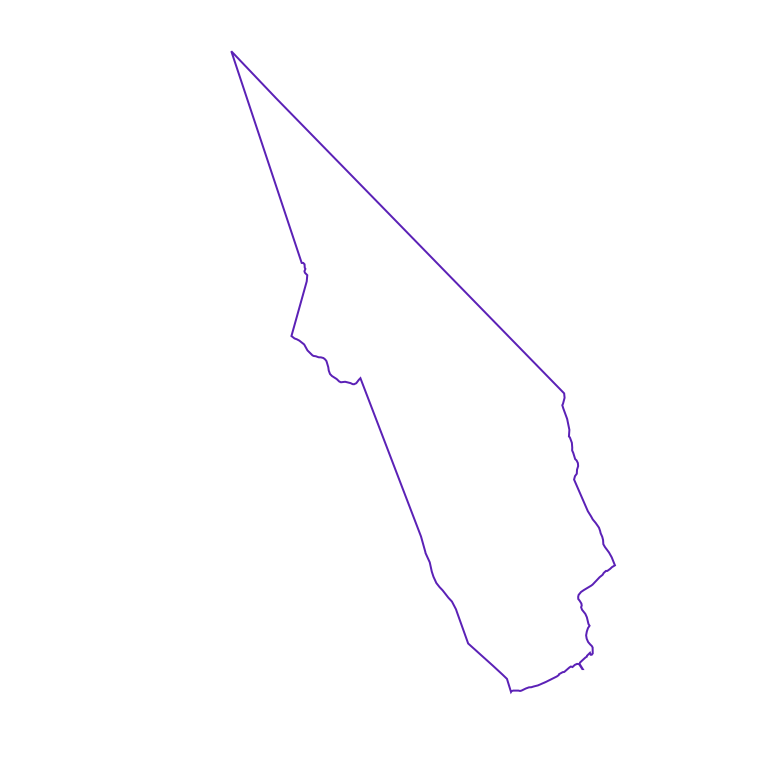 Gagaemauga III, Gaga'emauga, Samoa, rotated 134°
{"feature_id": "51752279B15532907109577", "entity_name": "Gagaemauga III", "entity_type": "district", "adm_level": 2, "iso_a3": "WSM", "parent_name": "Samoa", "parent_adm1": "Gaga'emauga", "projection": "albers", "projection_center": [-172.363, -13.506], "detail": "fine", "context": "isolated", "style": "outline", "palette": "violet", "viewbox_px": 768, "rotation_deg": 134, "n_neighbors": 0, "source": "geoboundaries", "source_scale": "gbopen_adm2", "svg_char_len": 2014}
<svg xmlns="http://www.w3.org/2000/svg" viewBox="0 0 768 768"><g transform="rotate(134 384 384)"><path d="M517.3,78.7L516.3,78.9L514.7,78.0L511.1,74.2L510.3,72.9L509.0,72.1L504.6,70.5L501.5,69.0L499.8,67.4L497.6,66.2L493.9,63.9L485.9,60.6L474.3,56.5L472.0,56.1L471.2,56.5L467.2,55.3L465.9,54.3L459.0,53.7L457.4,53.3L456.7,51.8L453.5,51.6L451.2,50.7L450.0,49.0L451.3,43.3L451.0,43.0L449.5,48.9L448.3,49.5L445.6,49.4L440.8,49.1L439.2,48.7L438.5,49.2L434.3,49.1L435.2,47.3L434.4,46.5L432.8,46.7L428.6,50.9L428.1,52.6L428.1,54.8L427.8,57.9L426.4,61.3L424.4,64.0L421.1,66.2L417.9,67.7L415.1,68.2L414.6,70.2L410.9,76.0L409.5,79.5L408.8,84.8L407.6,87.2L406.1,87.8L404.8,89.5L404.0,92.7L403.7,94.9L402.2,96.5L400.5,97.5L396.7,97.8L393.4,97.1L385.2,94.9L383.4,94.6L373.2,94.7L369.4,94.2L367.3,94.7L364.3,94.5L363.3,93.5L359.8,92.9L357.4,92.8L354.0,91.9L353.1,94.0L350.5,99.8L348.9,105.1L347.8,111.8L346.9,114.9L344.0,118.1L342.3,120.9L340.9,124.4L339.5,126.6L338.0,129.6L336.9,135.2L336.4,139.8L335.4,143.0L333.9,149.0L320.7,180.9L317.6,182.6L314.6,183.0L311.6,185.6L308.2,187.3L306.2,189.6L305.2,192.4L305.2,194.4L302.1,200.0L301.1,202.5L299.0,204.4L295.8,208.0L293.3,213.2L293.3,214.5L288.2,218.8L281.9,228.0L277.0,238.1L275.4,241.0L273.9,241.5L268.5,244.5L265.6,247.9L257.9,506.8L253.4,660.5L250.7,725.0L354.1,527.3L353.0,526.2L353.1,524.3L355.4,521.8L355.8,520.5L358.1,519.6L358.9,518.2L359.0,514.8L363.8,510.9L413.8,483.9L413.4,480.0L412.4,477.8L411.6,475.0L411.0,468.9L413.0,462.4L413.1,455.4L412.7,454.1L411.4,452.3L410.2,449.6L408.6,447.8L407.4,445.6L407.2,443.4L407.5,441.3L410.6,435.8L412.7,433.1L414.3,429.8L414.4,426.9L413.3,421.5L413.3,418.0L412.7,416.2L409.4,413.5L406.6,408.7L405.9,406.5L405.0,405.4L402.7,404.5L398.5,405.0L396.2,405.0L468.0,251.4L476.1,237.6L476.8,236.6L480.5,227.2L485.7,219.4L488.3,214.5L490.8,208.1L491.5,203.0L491.7,198.5L493.0,189.3L493.3,184.0L496.1,175.6L497.1,173.7L512.2,143.2L511.0,110.0L510.7,96.7L510.7,90.7L517.3,78.7Z" fill="none" stroke="#5b21b6" stroke-width="2"/></g></svg>